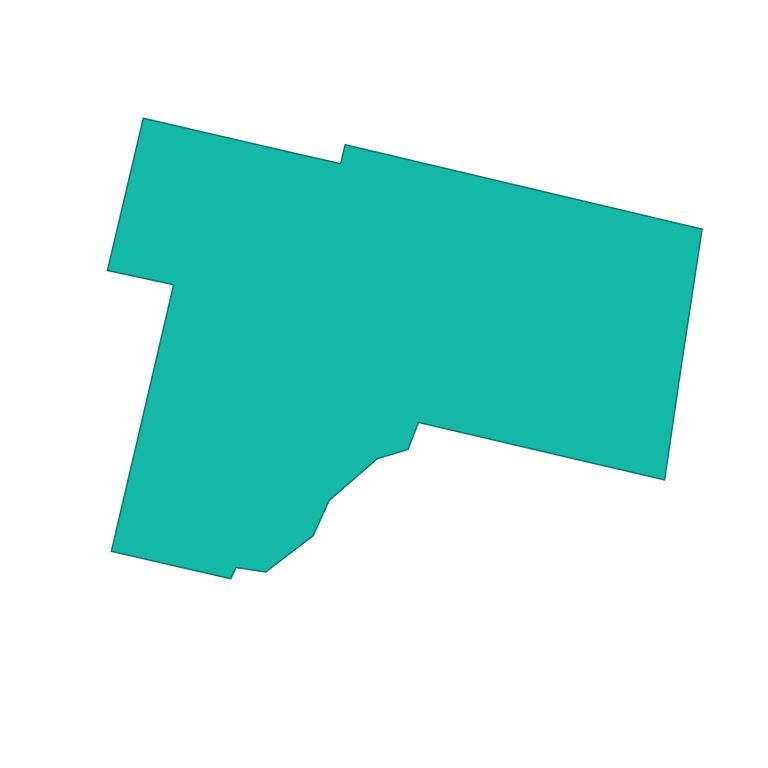 the district of Jefferson Davis, Mississippi, United States of America, rotated 103°
{"feature_id": "52423323B71217436545860", "entity_name": "Jefferson Davis", "entity_type": "district", "adm_level": 2, "iso_a3": "USA", "parent_name": "United States of America", "parent_adm1": "Mississippi", "projection": "equal_earth", "projection_center": [-89.767, 31.582], "detail": "fine", "context": "isolated", "style": "filled", "palette": "teal", "viewbox_px": 768, "rotation_deg": 103, "n_neighbors": 0, "source": "geoboundaries", "source_scale": "gbopen_adm2", "svg_char_len": 457}
<svg xmlns="http://www.w3.org/2000/svg" viewBox="0 0 768 768"><g transform="rotate(103 384 384)"><path d="M530.6,611.8L608.4,612.0L608.2,489.5L596.1,486.9L593.8,457.0L547.6,418.9L509.7,411.2L458.2,373.7L442.3,345.9L413.7,341.8L413.8,292.3L414.2,160.0L414.3,89.0L302.3,98.2L161.6,108.9L159.6,475.7L179.2,475.8L179.3,537.4L179.3,601.1L179.2,678.3L335.6,679.0L334.6,611.3L511.3,611.7L530.6,611.8Z" fill="#14b8a6" stroke="#0f766e" stroke-width="1.5"/></g></svg>